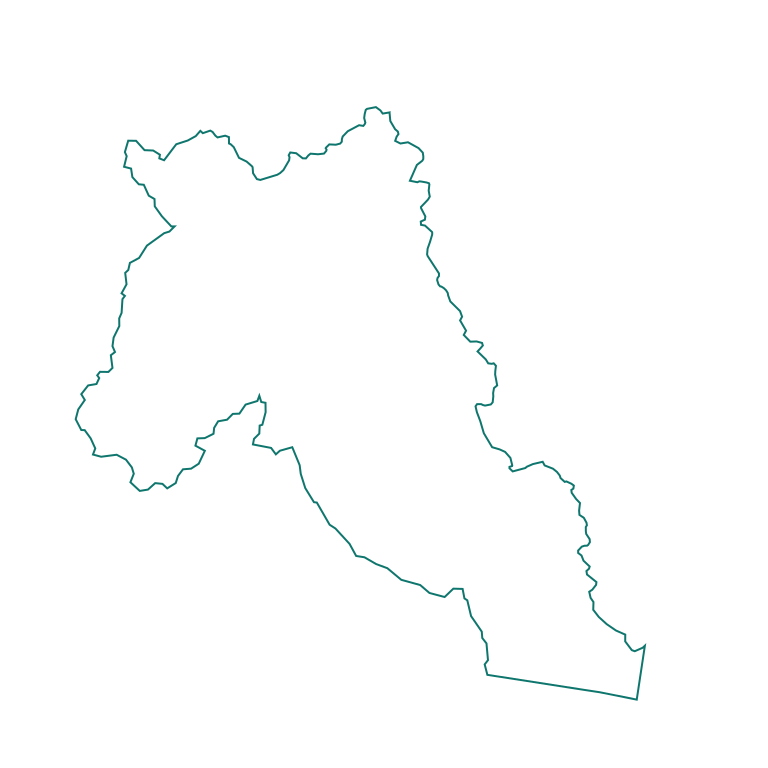 the district of Lemhi, Idaho, United States of America, rotated 9°
{"feature_id": "52423323B85740056665461", "entity_name": "Lemhi", "entity_type": "district", "adm_level": 2, "iso_a3": "USA", "parent_name": "United States of America", "parent_adm1": "Idaho", "projection": "robinson", "projection_center": [-113.907, 44.967], "detail": "fine", "context": "isolated", "style": "outline", "palette": "teal", "viewbox_px": 768, "rotation_deg": 9, "n_neighbors": 0, "source": "geoboundaries", "source_scale": "gbopen_adm2", "svg_char_len": 4136}
<svg xmlns="http://www.w3.org/2000/svg" viewBox="0 0 768 768"><g transform="rotate(9 384 384)"><path d="M531.6,655.1L628.8,654.8L645.2,654.7L683.0,656.2L682.6,601.7L680.8,604.0L673.5,608.7L670.4,608.1L662.5,600.5L661.5,593.8L651.7,591.2L641.6,586.4L632.6,580.5L626.0,574.3L625.0,566.6L621.5,562.9L619.2,557.1L621.9,554.6L624.9,549.2L624.8,546.4L614.3,540.4L613.2,537.1L615.4,534.3L615.7,532.1L608.7,527.3L605.9,522.5L602.2,520.5L601.8,518.1L604.8,513.7L607.3,512.4L609.9,511.9L610.8,511.0L612.1,508.0L611.4,505.1L607.2,500.5L606.4,497.9L605.7,493.7L606.5,491.8L605.7,489.3L602.3,484.9L597.5,482.7L596.5,478.5L596.2,470.9L591.8,467.6L586.4,462.1L585.6,459.4L587.4,457.7L587.4,454.6L584.7,453.2L579.4,451.7L577.8,452.4L573.1,449.3L571.9,446.9L568.6,443.8L564.1,441.2L555.4,439.3L552.9,436.0L543.6,439.8L538.1,443.3L536.7,444.9L524.8,450.2L521.1,447.6L520.9,446.2L523.3,445.0L523.4,444.3L520.4,437.2L514.2,432.1L508.4,430.5L500.7,429.5L490.3,417.0L484.9,405.6L480.1,397.2L477.9,391.7L479.1,389.3L483.2,388.7L485.0,389.3L487.2,389.5L492.7,387.5L494.2,385.1L493.9,379.1L493.2,375.9L493.3,370.8L496.0,367.7L492.3,357.3L491.9,353.8L491.7,348.5L489.1,346.4L487.3,347.2L483.7,347.3L480.7,343.8L471.3,337.2L473.6,333.8L475.6,330.5L474.4,328.1L468.8,327.5L462.6,328.7L455.1,323.1L456.7,318.5L449.2,309.3L450.6,305.3L447.7,300.1L436.6,292.1L433.5,286.5L432.7,284.1L430.6,281.7L428.0,279.9L425.4,278.8L424.2,278.8L422.3,277.2L420.2,273.0L420.3,270.9L421.4,268.8L421.0,266.2L407.2,250.9L406.3,249.3L405.9,243.5L407.2,236.5L408.2,229.0L408.0,227.1L407.6,226.3L399.7,221.1L395.7,221.0L394.9,217.8L398.7,215.3L398.6,212.0L393.1,204.5L392.8,203.4L398.6,195.0L399.9,191.8L397.9,186.1L397.6,179.8L397.0,178.7L394.5,178.3L389.1,178.2L387.2,178.3L385.4,179.5L377.8,179.2L382.2,162.5L386.9,157.5L387.6,155.7L387.2,152.9L386.1,149.4L381.2,145.6L369.9,141.5L362.6,143.9L357.0,142.1L357.8,137.7L359.2,134.9L358.2,132.5L355.1,130.6L349.1,123.3L347.0,115.0L347.0,114.9L340.4,117.1L337.7,114.4L332.7,111.8L324.2,114.9L323.1,116.1L322.7,120.4L322.8,124.4L324.7,128.8L324.3,130.4L323.2,132.3L318.9,132.3L308.7,140.0L304.5,146.0L304.1,148.7L304.4,151.3L303.1,153.4L299.0,155.2L292.5,155.9L289.8,159.5L289.5,160.2L290.6,161.5L290.5,162.8L288.7,165.8L282.9,167.4L275.4,168.0L273.5,170.1L271.6,173.4L268.4,173.8L261.2,169.8L255.2,170.0L254.1,173.0L255.2,174.7L255.3,177.9L251.2,188.4L248.4,191.9L245.9,194.0L229.9,201.8L226.4,201.5L221.7,196.3L220.3,190.4L219.4,189.5L213.5,185.8L205.4,183.3L198.6,173.6L195.1,171.2L193.3,170.7L192.2,164.4L188.3,163.6L181.0,166.5L178.6,165.1L175.3,161.9L172.8,160.9L165.8,164.6L163.0,162.7L159.3,168.6L152.1,174.2L141.3,179.7L131.8,197.4L126.8,196.3L126.8,192.6L119.5,189.5L110.9,190.5L101.1,182.6L93.3,183.7L91.8,195.5L94.2,199.2L93.3,210.1L100.5,210.8L103.1,219.0L110.6,225.1L115.6,224.8L122.2,234.8L128.4,237.2L129.8,244.4L138.4,253.1L149.3,261.6L152.5,261.1L148.2,267.0L143.3,269.4L128.2,284.4L122.4,297.8L114.1,304.1L113.6,311.4L111.0,314.7L114.1,325.8L110.6,335.5L114.3,337.5L112.4,341.1L113.7,354.8L112.2,360.6L113.5,368.2L109.7,380.4L109.9,389.1L113.3,394.5L109.7,398.3L113.3,410.6L109.9,415.2L101.6,416.4L99.4,420.3L101.8,422.7L100.0,429.0L92.0,431.7L86.6,441.4L91.0,446.6L86.0,456.9L85.0,467.0L92.2,476.8L95.6,476.4L102.8,483.6L108.9,492.8L107.6,499.2L116.0,500.1L131.0,495.7L141.0,499.1L148.0,505.8L150.9,511.8L148.9,520.7L159.5,527.8L167.4,525.2L173.5,517.7L180.8,517.3L186.2,521.0L193.8,514.4L194.9,507.1L198.8,499.7L206.7,497.8L213.5,491.7L217.5,478.0L207.4,474.4L208.2,466.9L215.4,465.5L223.4,459.8L223.1,453.9L226.0,446.8L234.6,443.8L239.3,437.2L245.8,435.9L250.5,426.0L261.6,420.6L262.7,415.1L265.6,421.0L269.9,421.1L271.5,430.4L270.2,443.3L267.7,444.5L268.6,452.5L264.2,458.5L264.0,464.2L282.5,464.8L288.2,470.4L291.6,466.2L303.3,460.8L313.4,477.4L315.8,485.7L322.5,499.1L333.3,511.7L336.2,511.6L352.3,531.5L358.6,534.3L375.0,547.3L383.4,558.2L391.8,558.2L404.5,563.1L416.1,565.4L431.7,574.7L451.2,576.9L461.6,583.3L477.2,584.9L484.5,575.3L493.7,574.1L497.0,583.2L500.1,584.6L506.3,599.6L519.3,613.3L520.8,619.5L525.8,624.2L529.9,640.5L527.3,645.2L531.6,655.1Z" fill="none" stroke="#0f766e" stroke-width="2"/></g></svg>